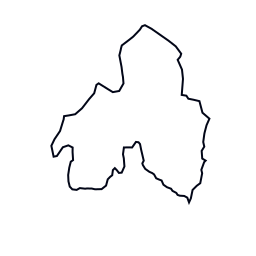 Mbam-et-Inoubou, Centre, Cameroon, rotated 340°
{"feature_id": "32672807B45233775776188", "entity_name": "Mbam-et-Inoubou", "entity_type": "district", "adm_level": 2, "iso_a3": "CMR", "parent_name": "Cameroon", "parent_adm1": "Centre", "projection": "robinson", "projection_center": [10.919, 4.718], "detail": "fine", "context": "isolated", "style": "outline", "palette": "ink", "viewbox_px": 256, "rotation_deg": 340, "n_neighbors": 0, "source": "geoboundaries", "source_scale": "gbopen_adm2", "svg_char_len": 1685}
<svg xmlns="http://www.w3.org/2000/svg" viewBox="0 0 256 256"><g transform="rotate(340 128 128)"><path d="M189.8,185.2L187.3,182.1L189.4,174.7L193.3,171.6L193.9,166.9L197.8,159.5L198.5,158.4L202.8,152.2L203.2,151.8L207.7,147.1L203.2,139.1L204.3,127.2L199.3,123.9L194.7,121.1L193.9,117.6L189.8,115.3L196.4,100.8L196.6,100.1L198.7,91.6L198.0,80.9L201.3,79.0L201.8,78.5L203.4,76.4L200.8,67.6L195.8,59.6L195.3,58.9L184.7,43.8L184.2,43.0L179.1,37.2L176.0,37.2L173.5,39.1L172.7,39.7L164.2,43.9L158.5,45.8L157.8,46.0L150.4,48.3L148.7,50.7L147.8,52.2L146.0,54.9L144.7,56.8L142.8,68.5L141.3,75.0L140.7,78.4L139.0,84.6L132.4,90.2L126.0,89.1L122.1,84.2L115.7,76.0L113.1,76.7L108.1,83.8L101.4,87.5L91.6,93.7L83.1,97.0L76.5,95.9L72.0,95.0L70.3,98.2L69.9,98.6L63.1,107.6L55.1,113.4L49.9,118.5L48.3,129.5L51.6,130.0L60.2,123.8L66.0,123.9L69.3,127.4L67.7,131.6L65.4,139.4L62.7,140.1L59.3,145.1L55.7,151.7L53.8,157.8L53.2,163.2L53.6,164.0L54.7,166.6L58.6,168.6L62.2,168.0L67.0,170.4L68.9,170.8L71.1,171.7L73.1,172.4L75.7,174.1L76.3,174.4L82.3,176.4L87.7,174.6L91.4,169.3L94.3,167.9L94.8,167.7L97.0,167.0L99.4,162.4L101.9,161.2L103.1,163.9L104.1,167.1L106.8,167.8L111.5,162.9L113.7,155.0L114.3,151.0L117.5,144.9L121.9,146.4L125.2,147.7L130.7,143.8L133.0,145.0L133.8,147.2L132.9,153.1L131.6,164.1L129.4,166.1L129.3,167.9L130.2,172.3L133.1,176.5L135.3,178.6L136.6,180.5L137.3,184.9L139.6,187.1L141.6,188.8L141.9,193.4L144.4,197.0L147.7,199.8L148.3,202.3L149.4,203.5L151.2,205.5L151.7,207.8L153.5,209.3L157.6,211.1L159.9,213.7L159.9,218.8L163.0,215.6L167.5,208.3L172.9,205.8L177.0,204.6L179.1,201.1L182.2,195.9L182.6,192.4L187.9,186.1L189.8,185.2Z" fill="none" stroke="#020617" stroke-width="2"/></g></svg>